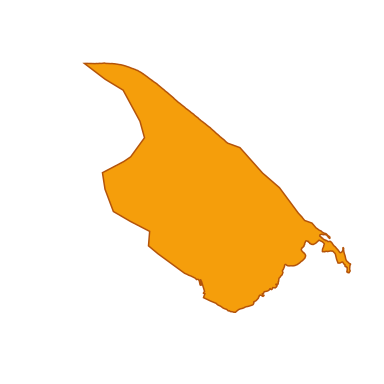 the district of Anloga, Volta, Ghana, rotated 226°
{"feature_id": "2480657B74011824532465", "entity_name": "Anloga", "entity_type": "district", "adm_level": 2, "iso_a3": "GHA", "parent_name": "Ghana", "parent_adm1": "Volta", "projection": "albers", "projection_center": [0.753, 5.825], "detail": "fine", "context": "isolated", "style": "filled", "palette": "amber", "viewbox_px": 384, "rotation_deg": 226, "n_neighbors": 0, "source": "geoboundaries", "source_scale": "gbopen_adm2", "svg_char_len": 5700}
<svg xmlns="http://www.w3.org/2000/svg" viewBox="0 0 384 384"><g transform="rotate(226 192 192)"><path d="M26.6,247.9L26.4,248.2L26.1,248.4L25.5,248.2L24.8,248.9L24.8,249.1L25.1,249.8L25.2,250.4L25.3,250.8L25.6,251.1L26.4,251.4L27.1,251.9L29.4,254.5L29.8,255.7L30.2,256.0L31.3,255.5L32.9,255.5L34.5,255.3L36.6,255.8L39.6,257.7L42.1,258.9L43.8,259.9L45.6,261.3L45.9,261.8L46.6,262.1L46.9,262.1L47.0,261.8L46.8,261.5L46.0,261.0L45.7,260.5L44.9,259.0L44.8,258.6L44.9,257.4L45.1,256.8L45.5,256.5L45.9,256.3L49.1,256.8L51.0,256.8L53.2,257.0L53.9,256.8L54.7,256.8L56.2,256.9L58.0,257.3L60.0,257.3L60.4,257.2L61.0,256.6L61.8,255.4L62.1,255.3L63.2,255.2L63.7,255.1L64.2,254.8L64.4,254.2L64.5,254.2L65.1,254.4L65.4,254.4L65.9,254.1L66.4,253.6L66.9,253.6L67.7,253.9L68.1,253.8L68.4,253.5L68.6,253.5L69.1,253.7L69.4,253.7L69.5,253.4L70.5,253.4L70.8,253.5L71.2,253.3L71.5,253.2L71.8,253.4L72.2,254.0L72.3,254.2L72.0,255.0L71.9,255.6L71.7,255.7L71.5,255.8L71.3,255.9L71.1,256.3L70.3,256.6L70.0,256.8L69.3,257.8L68.7,258.3L67.5,258.9L67.0,259.0L66.5,258.8L65.3,258.9L64.5,258.5L64.3,258.5L63.9,258.9L63.1,258.7L63.0,258.9L63.1,259.3L63.8,259.8L64.4,259.9L66.2,259.5L68.6,259.5L69.2,259.3L69.8,259.0L70.5,258.5L72.1,258.0L72.9,257.8L74.2,257.8L76.1,257.0L78.8,256.6L79.9,256.3L86.3,256.7L93.2,253.3L93.6,253.3L96.3,253.5L97.3,253.7L102.9,253.8L134.3,257.9L156.6,255.9L190.6,257.3L202.3,251.6L204.5,251.3L204.9,251.3L207.2,251.3L208.3,251.1L209.0,251.1L209.8,250.9L211.3,250.8L211.7,250.7L211.8,250.6L212.7,250.6L213.7,250.6L214.4,250.5L215.7,250.5L216.9,250.2L220.5,250.1L220.9,250.0L223.7,249.8L224.0,249.7L225.4,249.8L227.5,249.4L229.8,249.1L231.9,248.9L232.2,248.9L232.3,248.8L235.3,248.4L237.1,248.0L238.3,248.0L239.0,247.8L241.5,247.8L242.2,247.6L245.0,247.2L245.4,247.1L246.5,247.2L247.2,247.1L248.3,246.9L249.6,246.6L251.3,246.5L255.2,245.9L256.5,245.6L258.0,245.6L262.2,245.0L264.2,244.8L265.7,244.5L266.5,244.4L268.1,244.3L271.5,244.0L272.0,244.0L272.3,244.1L273.3,244.0L278.2,243.5L279.7,243.4L279.8,243.4L280.8,243.3L283.1,242.9L284.0,242.9L285.6,242.8L286.5,242.6L289.5,242.3L293.2,241.9L294.2,241.9L297.7,241.1L299.8,240.8L299.9,240.7L300.0,240.8L303.0,240.2L303.9,240.1L304.2,240.0L306.0,239.8L307.5,239.5L308.9,239.3L309.4,239.1L310.8,239.0L310.9,238.8L312.5,238.6L313.6,238.3L314.7,238.0L316.1,237.5L317.0,237.4L317.6,237.1L318.2,236.7L319.5,236.3L320.8,235.6L321.8,235.2L322.5,234.7L323.8,234.2L324.0,234.0L324.7,233.8L327.1,232.6L327.3,232.4L328.5,231.9L331.1,230.4L333.3,229.0L333.8,228.5L336.3,226.7L336.8,226.2L337.2,226.0L338.3,225.1L338.5,224.9L340.2,223.5L340.5,223.0L343.5,220.2L344.4,219.3L345.6,218.6L347.2,216.4L348.9,214.7L349.8,213.5L350.8,212.6L351.6,211.5L353.5,209.7L355.5,207.7L355.8,207.4L358.4,204.8L359.2,203.9L333.6,207.8L313.1,213.2L279.0,203.7L264.0,195.5L259.9,172.3L261.3,164.2L268.1,141.0L254.5,131.4L232.6,121.9L213.5,127.3L193.1,134.2L183.5,123.3L171.3,124.6L138.7,130.2L136.1,131.3L134.4,131.8L132.5,132.8L129.4,133.9L127.6,134.5L125.9,134.4L125.1,135.6L124.8,135.8L124.2,135.8L122.9,135.4L119.7,133.4L119.4,133.3L118.9,133.5L118.7,133.7L118.6,134.2L118.8,134.4L119.0,134.6L120.8,135.1L123.4,137.4L122.0,137.0L121.0,136.7L111.8,132.0L111.4,130.1L111.2,129.9L109.8,130.6L108.6,127.9L108.3,127.7L108.0,126.9L100.7,129.6L95.2,132.0L94.0,132.0L93.5,132.1L92.6,132.2L90.1,133.2L89.2,133.4L87.2,133.7L85.8,134.2L83.4,135.4L81.3,135.5L80.6,136.4L79.4,136.5L77.6,138.0L76.7,138.4L75.7,139.3L75.3,139.7L75.2,142.1L75.0,143.9L74.9,144.2L74.6,144.9L74.3,145.7L73.2,147.5L73.1,147.9L72.7,148.6L72.3,150.2L72.0,150.9L71.5,151.8L71.0,152.4L70.4,153.5L68.9,156.6L68.7,157.2L68.6,157.8L68.9,158.9L69.5,159.4L70.0,160.1L69.7,160.4L69.6,160.8L69.7,161.4L69.3,162.7L69.5,166.0L70.0,166.7L70.0,166.9L70.3,167.9L70.7,168.5L70.7,168.9L70.4,169.4L69.4,170.2L68.3,170.2L67.6,170.6L67.5,171.8L67.7,172.0L68.3,171.6L69.9,172.0L69.5,173.2L70.0,174.3L70.0,174.6L70.0,174.9L69.0,176.3L68.2,177.8L68.0,178.8L67.9,179.8L68.3,180.9L68.2,181.1L67.9,181.2L67.4,181.0L67.2,181.2L66.7,181.3L66.5,181.7L66.5,182.4L67.1,183.7L65.2,185.3L65.3,185.7L65.2,186.2L65.1,186.4L65.1,186.8L65.5,188.1L65.7,188.3L66.8,188.0L67.1,188.0L67.3,188.4L67.3,188.5L66.3,189.3L66.0,190.0L66.2,190.3L66.5,190.6L66.8,191.0L67.2,191.2L67.5,191.6L67.4,192.0L69.5,194.6L69.5,194.9L69.6,196.7L69.9,197.7L69.8,199.1L69.9,199.4L71.0,201.6L72.0,201.9L72.5,202.3L72.7,202.7L72.9,203.9L74.2,206.8L75.0,207.8L75.1,208.2L75.1,208.7L74.8,209.1L74.3,209.2L73.3,209.3L72.7,209.5L72.0,210.0L71.3,210.6L70.6,211.5L68.5,213.6L68.2,214.2L67.7,214.7L66.5,217.8L66.6,218.6L66.3,219.5L66.2,220.4L66.2,222.4L66.0,223.1L65.9,223.9L66.0,227.2L66.4,227.8L66.5,228.3L66.9,229.0L67.5,229.7L68.0,229.9L68.3,229.9L69.1,230.2L69.8,230.2L70.4,230.3L70.8,230.0L71.2,230.1L71.9,230.1L73.1,230.1L73.8,230.2L74.5,230.5L74.9,230.8L75.0,231.6L75.4,232.2L75.3,232.6L75.2,233.6L75.3,235.0L75.8,235.4L75.9,236.3L76.3,237.0L76.8,237.3L77.1,238.4L77.7,239.7L77.3,240.5L76.4,240.8L76.1,241.1L75.7,241.0L75.5,241.3L75.3,241.1L74.7,241.1L73.8,241.3L73.6,241.3L73.2,241.0L72.8,241.3L71.5,241.5L70.8,242.2L70.3,242.4L70.0,242.8L69.2,245.5L69.1,249.9L65.6,251.2L62.9,251.3L62.5,250.8L62.0,249.6L61.5,249.0L61.1,248.3L60.5,246.7L59.9,245.8L58.7,244.5L58.3,244.5L58.1,244.7L57.8,245.1L57.0,245.7L56.8,246.4L56.4,246.7L56.3,247.2L55.9,247.5L55.6,247.9L55.0,248.1L53.3,250.8L52.6,251.3L51.9,252.0L51.4,252.2L48.8,252.2L47.8,252.0L47.1,251.6L43.2,249.3L42.1,248.8L39.4,247.7L38.1,249.1L37.5,251.1L36.9,251.7L34.4,251.3L33.7,251.3L33.5,251.5L32.9,251.1L32.7,250.8L32.5,250.6L32.0,250.5L31.5,250.6L31.1,251.2L30.4,251.0L30.0,251.2L29.8,251.2L29.6,251.0L29.1,250.3L28.5,249.9L28.0,249.4L27.3,248.2L26.9,248.0L26.6,247.9Z" fill="#f59e0b" stroke="#b45309" stroke-width="1.5"/></g></svg>